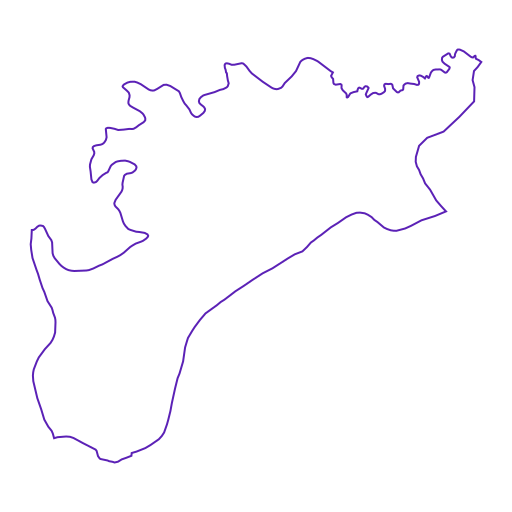 Xaybuly, Savannakhét, Laos (Albers equal-area conic projection)
{"feature_id": "54806243B76472997498531", "entity_name": "Xaybuly", "entity_type": "district", "adm_level": 2, "iso_a3": "LAO", "parent_name": "Laos", "parent_adm1": "Savannakhét", "projection": "albers", "projection_center": [104.961, 16.917], "detail": "fine", "context": "isolated", "style": "outline", "palette": "violet", "viewbox_px": 512, "rotation_deg": 0, "n_neighbors": 0, "source": "geoboundaries", "source_scale": "gbopen_adm2", "svg_char_len": 5818}
<svg xmlns="http://www.w3.org/2000/svg" viewBox="0 0 512 512"><path d="M481.3,62.0L478.7,60.1L475.9,58.7L475.7,58.1L475.6,56.3L475.4,55.8L474.7,55.9L473.0,57.5L471.9,57.3L470.7,56.7L463.8,51.4L459.8,49.6L458.3,49.5L457.6,49.6L456.9,50.3L455.5,53.0L455.0,54.3L454.8,56.3L453.9,57.4L452.8,57.7L451.7,57.4L450.7,56.2L449.6,53.7L448.8,53.4L448.2,53.4L442.8,56.8L442.1,57.8L441.9,59.9L442.3,61.2L442.7,61.9L444.6,63.7L449.1,66.7L449.7,67.3L449.6,68.0L449.3,68.9L446.8,72.2L445.8,72.7L444.8,72.5L441.2,69.8L440.0,69.4L435.6,69.5L433.6,69.9L432.8,70.4L431.6,71.6L430.8,72.8L429.0,77.7L428.7,77.9L428.1,77.6L427.1,76.2L426.7,76.0L426.1,76.3L424.9,78.4L423.4,77.1L421.1,75.8L419.7,75.4L418.6,75.6L417.6,76.1L417.2,77.3L419.1,81.8L419.1,83.3L418.8,84.3L418.4,84.7L416.9,84.9L414.2,84.0L410.5,83.6L407.7,83.1L405.6,83.6L404.3,84.6L403.5,85.5L403.2,89.3L402.6,90.1L400.5,90.6L398.7,92.3L397.8,92.4L396.9,92.1L393.1,88.4L392.3,84.8L391.6,84.1L390.8,83.8L388.3,84.1L386.7,83.9L385.2,83.9L384.4,84.5L384.1,85.9L385.1,88.8L385.1,90.4L384.9,91.2L383.8,92.3L381.4,93.8L379.8,94.3L378.4,94.2L376.3,93.0L375.7,92.8L374.1,92.9L373.0,93.1L370.7,94.6L368.2,96.8L367.3,97.1L366.6,96.3L365.8,94.4L366.2,93.3L368.6,88.0L368.4,87.6L367.2,86.5L365.6,86.2L364.6,86.7L363.2,88.6L362.7,88.8L361.8,88.8L359.9,87.8L359.2,87.6L358.8,87.8L358.3,88.2L357.7,89.4L357.3,91.3L353.6,92.1L350.8,93.2L350.2,93.6L348.1,97.0L347.1,97.5L346.7,97.2L346.7,94.8L346.1,93.4L342.8,90.3L341.9,88.8L341.5,88.0L341.6,85.2L341.4,84.6L340.3,84.0L335.7,84.7L334.0,84.0L333.6,83.4L333.4,82.7L333.1,78.9L331.7,77.3L331.1,75.9L332.9,72.4L330.8,71.2L318.3,61.7L317.0,60.9L313.3,59.1L310.6,58.2L307.9,57.9L306.9,58.1L304.7,58.8L302.6,59.9L301.5,60.7L300.3,61.9L296.0,71.1L291.7,76.4L284.8,83.0L282.5,86.5L281.1,87.8L278.0,89.0L276.5,89.2L274.3,88.8L272.6,88.2L271.2,87.4L262.8,81.8L251.8,73.4L249.5,70.8L246.4,66.5L244.0,64.2L243.1,63.5L241.7,63.2L234.5,64.7L231.7,64.8L228.9,63.7L226.8,63.3L225.7,63.5L225.1,64.0L224.6,65.1L224.9,67.9L225.6,69.7L226.1,72.5L226.6,72.9L226.9,73.7L227.1,76.0L227.9,80.6L228.7,83.3L227.8,86.1L227.1,87.0L226.1,87.7L223.3,89.1L219.9,89.9L214.6,92.1L204.5,95.0L203.2,95.5L200.9,97.2L199.4,99.0L198.9,101.2L199.3,102.9L200.6,104.3L203.4,106.5L204.3,107.5L205.1,109.1L204.8,110.9L203.4,112.9L200.0,115.7L198.3,116.8L196.6,117.0L195.1,116.7L193.7,115.8L192.0,114.3L191.0,112.9L189.4,109.4L186.3,105.4L184.7,103.6L183.3,101.2L181.3,97.1L179.9,93.1L178.9,91.3L170.3,86.0L166.5,84.7L163.6,84.9L157.2,88.9L154.3,90.4L152.8,90.6L150.6,90.3L148.7,89.5L140.8,84.2L137.2,82.5L134.5,81.7L130.3,81.8L127.4,82.6L124.1,84.4L123.2,85.3L122.6,86.3L122.9,87.2L126.7,90.5L128.4,92.2L128.9,92.9L129.6,95.3L129.5,97.2L128.6,100.5L128.4,102.0L128.4,103.2L128.9,104.4L130.1,105.8L133.1,107.6L139.8,111.2L142.5,113.4L143.5,114.6L145.0,117.4L145.3,118.6L145.2,120.4L143.6,122.2L139.0,125.1L136.2,127.3L133.6,128.8L132.1,129.0L129.2,128.9L123.7,129.6L118.2,130.0L114.5,128.8L110.1,127.9L107.8,127.8L106.3,128.3L105.8,129.0L106.6,137.3L105.9,139.9L104.9,141.6L103.9,142.9L102.5,144.0L100.6,144.7L96.5,145.3L95.1,145.7L93.8,146.2L92.8,147.1L92.6,148.4L94.2,151.8L94.3,153.4L93.7,155.3L91.4,159.3L90.0,164.5L89.9,166.8L90.6,171.4L91.4,179.4L92.5,182.1L93.4,182.6L94.6,182.5L96.0,182.0L97.2,180.9L99.4,178.0L102.6,175.1L106.1,172.9L107.6,172.3L108.3,171.2L110.7,166.1L111.8,164.8L115.7,162.0L117.5,161.4L120.9,160.8L125.1,160.6L128.2,161.3L129.9,161.9L134.7,164.4L136.3,166.3L136.5,167.6L135.8,169.5L134.8,170.7L132.5,172.5L130.8,173.1L126.9,173.7L124.9,174.9L124.1,175.9L122.6,182.7L122.4,184.6L122.7,186.7L122.6,188.5L122.2,190.0L121.5,191.6L115.7,199.7L114.5,202.6L114.3,203.4L114.6,204.9L115.4,206.4L118.3,209.3L119.5,211.1L120.4,213.0L122.9,221.3L123.9,223.6L125.5,226.0L128.3,229.0L130.4,229.9L136.1,231.7L139.3,232.0L144.7,232.9L147.5,234.4L148.2,235.8L147.9,236.7L146.3,238.5L143.0,240.8L141.2,241.6L135.7,243.6L132.3,245.6L130.2,247.0L123.8,252.7L120.2,255.2L117.2,256.8L112.6,258.9L102.4,264.4L99.0,265.7L93.3,268.5L88.9,270.1L86.3,270.5L74.3,271.0L71.3,270.7L68.5,270.1L66.1,269.1L63.5,267.5L61.4,265.9L59.4,263.9L54.7,258.2L53.3,255.7L52.6,253.2L52.1,242.4L51.3,240.1L48.3,236.0L45.0,228.8L43.9,226.9L43.0,226.0L40.7,225.5L39.2,225.6L37.4,226.7L35.5,228.6L33.6,229.9L31.8,230.0L31.4,238.5L30.7,244.2L31.2,249.8L32.5,258.0L36.6,270.1L38.0,273.8L39.7,279.6L42.5,288.0L44.3,291.9L47.5,301.1L51.7,307.7L52.5,310.1L53.2,312.9L55.0,317.7L55.4,319.9L55.5,322.4L55.1,332.6L53.9,336.6L52.5,339.8L50.5,343.0L44.9,349.1L38.8,357.4L36.8,361.5L35.5,364.9L33.8,369.3L33.2,372.3L32.9,375.6L33.3,381.2L37.3,398.1L41.2,409.3L44.3,419.6L48.3,426.7L51.6,430.8L52.8,433.5L54.1,438.2L57.5,437.2L66.2,436.5L70.0,436.8L73.5,438.0L82.7,443.0L95.6,449.6L96.6,450.9L98.0,456.1L99.7,458.5L100.5,459.0L107.6,460.5L109.1,461.2L112.5,461.8L114.6,462.5L118.0,461.7L121.7,459.4L126.0,457.9L131.4,455.8L131.7,453.0L136.5,451.6L145.3,448.1L150.7,444.9L158.9,439.2L161.8,436.0L164.1,432.5L167.0,424.3L168.3,419.6L170.4,411.1L171.9,402.9L175.1,388.3L177.6,378.2L179.5,373.6L183.1,361.4L185.1,347.4L187.1,340.7L188.0,337.9L192.3,330.7L194.7,327.0L199.9,320.0L205.5,313.4L217.0,305.1L220.7,302.0L224.4,299.7L235.5,291.2L243.6,286.0L252.5,279.9L262.7,273.3L272.5,268.3L287.9,258.4L294.8,254.3L302.4,251.4L307.0,247.0L310.9,242.5L313.8,240.5L317.4,237.5L321.2,234.9L330.9,227.3L337.9,223.0L346.2,217.2L351.7,214.5L356.4,212.8L360.0,212.6L364.7,213.3L367.8,214.7L371.6,217.1L374.3,219.9L377.4,222.0L383.9,227.5L387.0,229.0L390.8,230.3L393.5,230.7L396.4,230.8L405.1,228.5L410.9,225.9L421.5,220.3L435.0,216.0L446.0,211.4L441.2,206.2L436.2,200.4L430.1,189.7L425.1,183.4L423.1,178.5L420.6,174.2L419.1,170.0L416.9,166.3L415.7,161.8L415.9,156.9L419.1,145.8L427.2,137.8L443.6,131.6L459.3,116.9L474.1,101.4L474.5,87.2L472.6,80.1L474.0,71.0L477.6,67.1L481.3,62.0Z" fill="none" stroke="#5b21b6" stroke-width="2"/></svg>